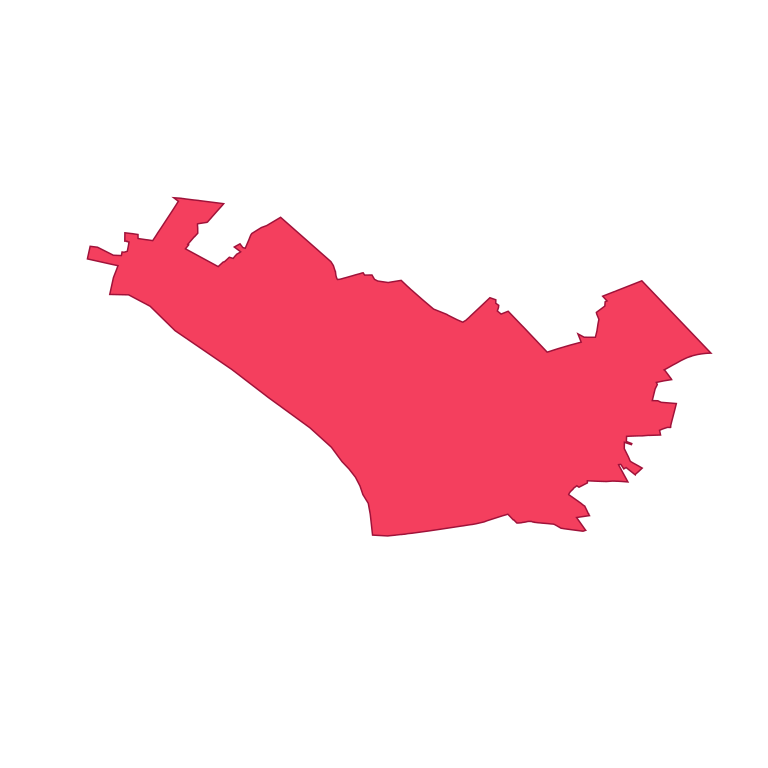 outline of Ogre, Ogre, Latvia, rotated 11°
{"feature_id": "27541924B85046161363388", "entity_name": "Ogre", "entity_type": "district", "adm_level": 2, "iso_a3": "LVA", "parent_name": "Latvia", "parent_adm1": "Ogre", "projection": "equal_earth", "projection_center": [24.619, 56.811], "detail": "fine", "context": "isolated", "style": "filled", "palette": "rose", "viewbox_px": 768, "rotation_deg": 11, "n_neighbors": 0, "source": "geoboundaries", "source_scale": "gbopen_adm2", "svg_char_len": 5439}
<svg xmlns="http://www.w3.org/2000/svg" viewBox="0 0 768 768"><g transform="rotate(11 384 384)"><path d="M617.4,233.5L600.3,244.4L583.1,255.3L581.9,256.1L587.1,259.9L585.4,261.1L585.9,265.4L580.7,271.1L578.8,273.2L579.4,274.6L582.6,279.5L582.6,284.1L582.9,291.4L582.6,297.8L571.6,299.9L564.8,297.8L569.6,305.3L562.6,308.7L559.9,310.0L548.3,316.0L538.1,321.6L509.4,301.1L508.6,300.6L508.3,300.4L492.0,288.9L485.6,293.0L481.3,290.7L481.8,287.2L481.6,284.9L478.3,283.4L477.7,280.0L471.5,279.1L463.7,290.0L455.9,300.8L455.1,302.0L454.3,303.1L453.3,304.4L452.3,305.8L450.9,307.0L449.6,308.3L443.6,307.0L433.9,304.3L432.4,303.7L418.4,301.0L407.7,295.0L405.4,293.7L402.0,291.7L398.4,289.6L396.0,288.2L392.2,286.0L389.5,284.3L388.6,283.8L381.1,279.0L375.4,281.1L370.8,282.8L368.8,283.6L358.2,284.1L354.7,283.1L351.4,279.3L344.2,280.8L342.3,278.8L340.9,279.4L339.1,280.4L336.6,281.6L334.2,282.8L332.9,283.5L326.4,286.8L325.8,287.1L323.9,288.0L323.0,288.5L320.7,289.6L318.4,290.3L317.8,289.7L316.8,288.1L316.0,286.4L314.9,283.0L314.8,282.7L314.6,282.7L311.7,277.4L308.5,274.0L250.7,240.1L238.6,250.9L233.8,253.8L230.2,257.1L226.7,260.4L225.5,261.5L225.2,262.3L224.8,263.2L224.5,264.7L224.2,266.2L224.1,266.6L224.1,267.0L223.0,272.1L221.9,277.2L220.7,277.1L219.4,277.0L218.9,276.6L215.9,273.9L211.8,277.3L210.9,278.1L218.1,281.6L217.9,281.9L214.7,284.7L214.5,284.8L214.4,285.1L214.0,285.9L213.2,287.1L212.0,289.5L208.0,289.1L207.9,289.2L205.9,292.0L204.0,294.5L202.9,294.9L198.8,300.4L198.5,300.3L163.3,289.2L165.7,284.7L164.7,284.3L165.4,283.2L165.6,282.9L165.7,282.7L165.8,282.5L169.8,275.5L170.0,275.5L171.2,273.5L172.4,271.6L172.4,271.4L171.9,269.1L171.4,266.6L170.9,264.7L170.7,264.1L170.5,263.1L170.4,262.4L171.0,262.1L174.6,260.8L179.1,259.2L179.6,258.9L180.1,258.3L180.5,257.5L182.0,255.0L182.3,254.5L182.8,253.7L183.2,252.9L186.8,246.8L188.3,244.3L189.8,241.8L191.8,238.4L192.2,237.6L169.4,239.1L168.0,239.2L167.0,239.2L166.0,239.3L161.5,239.7L156.9,240.0L154.2,240.2L151.4,240.3L150.6,240.4L149.8,240.4L149.5,240.4L149.1,240.5L148.4,240.5L145.3,240.9L142.1,241.3L147.3,243.9L146.8,245.1L145.5,248.5L142.9,255.0L135.4,273.3L132.9,279.2L132.8,279.5L132.0,281.6L131.8,282.1L130.3,285.7L129.6,287.4L124.8,287.6L123.8,287.7L115.7,288.1L114.8,288.1L114.0,284.2L109.4,284.4L108.6,284.4L107.6,284.5L100.8,285.0L102.3,293.2L102.8,293.1L103.9,292.9L104.3,292.9L104.3,293.2L106.6,293.3L106.7,297.1L106.7,302.7L103.6,304.3L101.7,304.4L101.7,308.0L100.6,308.2L94.7,309.1L94.0,309.3L76.7,304.4L69.3,304.9L69.0,316.0L69.0,317.8L94.5,318.5L100.3,318.6L99.6,322.9L98.5,328.9L98.1,331.3L97.7,348.4L116.3,345.2L139.6,352.3L168.7,371.5L231.9,398.8L273.0,419.3L319.6,441.1L344.4,456.1L357.6,468.2L365.9,474.1L373.8,481.0L379.9,488.7L384.4,496.6L391.3,504.1L395.3,514.3L401.6,534.5L416.9,532.4L417.3,532.2L422.3,530.7L423.0,530.5L424.0,530.2L425.1,529.8L426.1,529.5L427.7,529.0L428.0,528.9L429.0,528.6L430.3,528.3L431.4,527.9L432.6,527.6L433.8,527.2L434.3,527.0L435.7,526.4L439.1,525.4L439.8,525.2L444.2,523.7L456.0,519.7L466.8,515.9L495.4,505.7L497.3,505.1L501.1,503.6L508.7,500.2L511.2,498.6L518.1,494.8L525.4,490.8L525.7,490.6L526.4,490.3L527.7,489.6L528.2,489.4L530.1,488.3L530.4,488.2L532.2,489.4L536.8,492.7L537.2,492.5L537.3,492.6L540.9,495.1L541.1,495.1L543.2,494.6L544.6,494.2L545.5,493.9L546.0,493.7L546.3,493.5L546.4,493.4L546.5,493.4L547.0,493.3L547.5,493.1L548.7,492.7L549.9,492.2L550.3,492.0L550.5,491.8L551.3,491.6L551.8,491.3L552.5,491.3L552.8,491.1L553.1,491.1L554.1,491.0L554.5,490.7L555.2,490.9L555.4,490.9L555.9,490.9L556.6,491.1L557.0,490.9L557.4,490.9L557.4,491.0L557.7,491.1L558.1,491.1L558.4,491.0L558.8,491.0L561.7,490.8L563.3,490.6L565.7,490.4L572.1,489.7L574.6,489.5L577.1,489.2L578.3,489.4L584.2,491.4L585.3,491.8L586.8,491.7L587.0,491.7L587.5,491.7L588.2,491.7L598.3,491.1L604.7,490.7L606.5,490.6L607.3,490.5L607.7,490.4L609.4,489.4L609.9,489.1L609.6,488.9L598.5,478.3L610.8,474.0L609.4,472.4L609.5,472.2L609.0,471.9L607.4,469.6L606.4,468.3L605.2,466.7L604.3,465.5L603.6,465.3L602.5,464.8L601.0,464.0L600.8,463.9L600.1,463.5L587.0,457.6L586.5,457.4L586.3,457.1L586.5,456.6L586.9,455.4L587.5,454.2L587.8,453.7L589.3,451.6L589.8,450.8L590.0,450.1L591.2,448.8L592.7,447.1L592.9,447.2L593.1,447.3L595.1,448.1L598.7,445.3L599.0,445.0L602.5,442.3L602.1,440.2L612.2,438.7L620.9,437.3L626.8,435.7L629.0,435.3L631.3,435.0L631.5,434.9L636.1,434.3L642.1,433.6L629.7,418.6L629.6,418.4L631.7,417.7L631.9,417.8L635.6,421.6L637.6,419.8L647.5,425.0L648.0,425.2L648.0,424.7L650.7,421.2L653.5,417.3L650.1,416.1L646.7,415.0L645.8,414.7L644.8,414.4L643.0,413.8L641.3,413.2L640.3,412.6L637.8,408.9L632.2,401.6L631.1,395.3L632.0,395.5L638.4,396.3L638.6,395.2L632.9,394.2L632.1,389.1L636.1,388.1L643.5,386.4L647.5,385.6L653.1,384.0L655.2,383.6L665.2,381.3L663.6,377.5L663.3,376.9L665.9,375.1L667.3,374.3L670.3,372.6L671.0,372.4L673.5,372.0L673.7,371.7L673.4,370.5L673.4,370.1L673.5,367.3L674.4,353.1L674.7,347.4L659.5,349.1L656.0,348.2L650.5,349.1L650.5,348.8L651.1,337.1L652.4,332.4L651.0,330.5L658.1,327.5L665.5,324.8L664.9,324.1L657.4,317.3L656.3,316.7L658.6,314.8L661.2,312.6L664.0,310.2L667.0,307.8L669.7,305.5L671.0,304.4L672.7,303.1L674.7,301.6L676.8,300.1L679.7,298.5L679.5,298.4L680.5,297.9L682.5,296.9L683.6,296.4L684.7,295.9L685.6,295.5L686.5,295.1L687.6,294.7L688.7,294.3L689.5,294.0L691.3,293.4L693.2,292.8L694.2,292.5L695.3,292.2L696.9,291.8L698.5,291.4L699.0,291.3L617.4,233.5Z" fill="#f43f5e" stroke="#9f1239" stroke-width="1.5"/></g></svg>